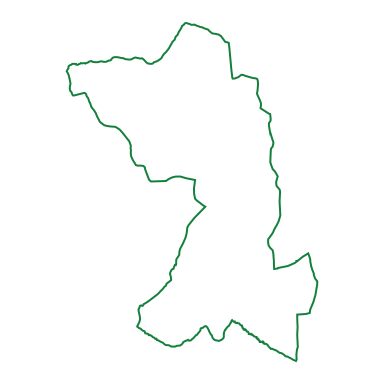 outline of Mbogwe, Shinyanga, United Republic of Tanzania
{"feature_id": "72390352B61326482335333", "entity_name": "Mbogwe", "entity_type": "district", "adm_level": 2, "iso_a3": "TZA", "parent_name": "United Republic of Tanzania", "parent_adm1": "Shinyanga", "projection": "robinson", "projection_center": [32.171, -3.47], "detail": "fine", "context": "isolated", "style": "outline", "palette": "green", "viewbox_px": 384, "rotation_deg": 0, "n_neighbors": 0, "source": "geoboundaries", "source_scale": "gbopen_adm2", "svg_char_len": 5894}
<svg xmlns="http://www.w3.org/2000/svg" viewBox="0 0 384 384"><path d="M137.4,326.8L137.7,326.8L139.1,328.2L140.1,328.4L141.0,329.0L142.0,330.1L142.9,330.7L143.7,330.9L144.7,331.5L145.0,332.7L145.3,333.3L147.8,333.8L148.5,334.2L148.8,335.1L150.3,335.1L151.1,335.7L152.0,336.2L152.7,337.1L154.3,337.7L155.2,338.8L156.0,339.0L156.5,338.8L156.9,340.0L158.1,340.3L160.6,341.7L162.8,342.7L163.9,343.6L164.6,344.4L165.8,345.0L169.0,345.3L170.8,346.3L171.9,346.6L175.0,346.6L176.9,345.8L178.7,345.6L179.4,345.7L180.1,345.5L181.8,344.3L182.7,343.3L183.2,342.2L184.3,341.5L187.5,340.1L188.0,339.9L188.2,340.4L188.8,340.4L189.2,340.6L190.2,340.6L190.8,340.3L191.8,339.4L193.1,338.4L196.1,335.1L197.0,334.8L198.0,333.4L199.4,331.8L200.4,330.3L200.5,329.8L200.5,329.1L200.6,328.6L201.3,328.1L202.7,327.9L204.5,326.4L205.5,326.2L206.3,326.3L207.5,327.7L208.0,328.8L208.6,329.7L209.1,331.1L210.0,332.9L211.0,334.6L211.7,335.1L212.7,338.0L214.4,339.8L215.7,340.3L217.8,340.6L218.6,340.9L219.6,340.7L221.7,339.7L223.4,338.2L223.8,336.9L223.8,334.8L223.9,334.0L223.8,333.4L224.9,330.1L225.4,329.6L225.6,329.6L225.9,329.0L227.2,327.2L228.3,326.2L229.1,325.6L230.1,323.6L230.6,323.0L231.0,322.3L231.6,320.6L232.1,320.1L233.0,321.1L233.6,321.7L234.8,321.5L234.9,322.0L235.3,322.7L235.9,323.0L236.9,322.9L237.2,322.7L238.1,323.3L239.3,323.5L239.9,324.4L240.5,325.0L241.3,325.5L242.0,325.6L242.0,326.5L242.4,326.8L242.6,327.3L242.5,327.8L242.8,328.2L243.2,328.4L243.6,329.6L244.2,329.9L244.6,329.6L244.9,329.2L245.7,329.6L246.0,330.0L246.0,330.4L247.0,331.6L247.7,331.5L248.3,332.2L248.6,332.8L248.8,334.0L249.4,334.0L249.5,334.1L250.4,334.3L250.9,334.2L251.1,333.8L251.4,333.9L251.7,334.3L251.7,334.8L252.0,334.9L252.4,334.7L252.9,335.1L253.8,336.2L254.2,336.2L254.5,336.5L255.3,336.8L256.0,336.9L256.6,337.0L256.7,337.4L256.6,337.5L256.6,338.2L257.1,338.4L257.1,338.7L257.3,338.9L257.6,339.0L257.9,338.8L258.4,339.9L258.7,339.8L258.7,340.1L259.1,340.6L259.7,340.9L259.8,342.0L260.3,342.0L260.6,341.7L261.1,342.0L262.6,341.5L262.7,342.0L263.0,341.8L263.4,341.9L263.7,342.5L263.6,342.9L263.7,343.5L264.3,343.8L264.7,343.8L265.1,343.9L265.5,343.7L266.5,344.1L267.5,344.9L268.2,345.8L268.6,346.6L270.0,348.0L270.6,348.3L270.8,348.9L272.6,348.9L273.4,349.4L276.5,350.6L279.5,352.8L281.0,353.0L282.7,353.8L284.4,355.2L285.6,356.3L287.2,356.5L291.3,358.6L293.2,359.8L296.0,361.0L296.6,359.5L296.4,354.4L297.0,349.3L297.8,347.3L297.2,334.4L297.6,327.1L297.3,320.9L297.2,314.6L305.7,314.0L309.8,313.0L310.1,309.9L313.3,302.2L315.4,295.1L317.2,284.5L317.3,281.4L316.8,281.0L316.8,280.7L315.0,278.4L313.8,274.7L313.8,273.5L312.4,270.1L311.2,266.3L310.3,261.4L310.2,259.1L309.2,256.0L308.2,253.4L302.8,256.7L297.8,260.7L297.5,261.0L297.2,261.0L297.3,261.1L294.7,263.0L287.9,266.0L278.0,268.0L277.6,268.5L274.2,269.0L274.1,268.2L273.9,263.2L273.9,260.3L273.7,259.1L273.4,254.4L273.0,251.6L272.8,251.3L272.6,250.2L270.2,247.9L268.6,245.4L268.1,242.3L268.1,241.2L268.2,239.2L271.7,234.5L272.9,232.6L274.8,228.4L276.7,225.3L278.7,221.1L280.3,215.5L280.1,211.0L279.7,204.2L279.6,200.4L280.1,191.8L279.7,189.7L276.5,185.8L276.1,182.2L277.7,176.3L275.0,171.5L272.7,169.1L271.0,164.5L270.3,162.2L270.6,154.5L270.9,148.9L272.6,146.6L273.2,144.3L273.4,142.4L271.9,137.9L270.2,132.3L270.1,132.5L269.0,125.9L268.9,123.4L269.1,122.8L270.0,121.8L270.5,120.6L270.7,119.9L270.5,117.0L270.1,114.0L268.8,113.6L260.6,108.3L260.6,107.5L260.9,106.1L261.0,104.5L260.8,102.7L260.1,100.8L257.0,93.8L257.6,89.8L258.1,83.7L257.7,80.3L257.2,79.0L255.9,78.4L252.8,78.0L245.8,76.0L243.0,74.9L241.4,74.8L240.1,75.7L238.6,77.0L234.8,78.5L232.7,78.6L232.3,77.6L231.3,69.1L229.4,48.1L228.7,42.8L227.4,42.3L225.3,41.9L221.0,36.1L218.7,34.6L216.2,34.0L212.3,33.4L209.6,31.3L208.1,29.6L203.8,28.2L202.3,27.3L200.2,27.0L198.4,26.2L196.9,25.8L194.5,24.6L192.8,24.8L191.3,24.8L189.6,24.0L186.2,23.0L184.8,23.4L183.6,25.0L182.2,25.8L181.1,28.4L178.7,32.1L177.7,34.7L176.7,35.7L175.6,36.9L174.7,39.6L172.4,42.0L168.8,48.5L166.1,52.0L165.3,52.8L164.3,53.6L163.0,55.3L161.2,58.4L157.4,61.1L153.9,62.3L152.7,63.6L150.4,63.9L147.4,63.3L145.9,61.9L144.3,60.1L142.3,58.4L139.9,58.5L135.3,57.5L133.9,58.0L131.2,59.4L129.6,59.6L125.6,59.2L124.3,58.7L123.3,58.1L122.5,58.2L121.2,58.0L119.2,57.5L116.8,57.1L114.6,57.1L112.8,57.7L111.9,58.6L111.1,59.8L110.0,60.5L108.9,60.5L107.0,61.4L105.6,61.9L104.1,61.9L101.9,61.4L100.2,61.4L98.8,62.0L96.9,62.2L95.5,62.2L92.7,61.9L91.4,61.0L88.9,61.7L88.2,62.4L87.9,62.4L85.6,63.5L85.1,63.1L84.4,63.1L82.9,63.3L81.5,63.3L80.7,63.1L79.8,63.9L78.9,64.1L78.0,64.8L76.7,64.7L76.1,64.6L76.0,64.0L75.1,64.0L74.5,63.8L72.2,63.9L71.5,64.7L69.9,65.2L68.7,66.1L68.4,67.1L68.5,68.1L67.4,69.8L66.7,71.3L68.0,73.4L68.8,75.5L70.1,81.3L70.5,83.9L70.0,85.8L69.7,88.4L70.3,91.0L71.3,91.8L72.2,94.2L72.9,95.4L74.0,95.5L84.2,92.9L85.1,93.2L86.1,94.1L86.4,95.4L87.0,96.8L88.1,98.0L89.3,101.8L90.0,102.9L90.7,104.7L91.1,106.4L92.5,108.5L93.8,110.0L95.8,113.1L96.8,115.8L100.0,122.0L104.2,125.2L106.7,125.9L109.7,126.4L115.1,126.8L116.5,127.5L119.6,129.5L122.4,132.6L129.2,141.2L130.8,145.5L130.6,148.2L130.9,149.8L130.8,153.6L131.1,156.1L132.8,160.0L135.0,163.5L135.9,165.1L137.5,165.6L140.9,165.6L143.4,166.0L144.8,167.3L145.3,169.8L149.1,179.8L151.0,181.5L166.0,181.0L168.6,179.1L172.2,177.4L175.6,176.6L180.2,176.5L186.4,178.3L195.1,180.0L194.0,188.0L194.1,193.7L195.1,198.7L196.8,200.5L203.2,205.4L205.3,206.7L194.4,217.9L188.6,225.1L187.3,227.6L186.7,233.0L185.6,237.4L183.2,243.0L180.1,249.0L179.4,251.5L179.2,255.0L176.3,259.4L176.1,264.4L175.8,265.1L174.9,264.9L173.7,267.7L173.6,268.7L171.7,269.6L170.3,272.3L170.0,274.2L170.6,275.7L171.0,278.1L171.1,280.2L166.6,283.7L166.0,285.5L163.9,287.3L163.2,288.6L161.3,290.4L157.9,294.0L148.5,301.2L145.9,302.9L143.6,304.2L143.0,305.6L142.1,305.9L141.1,305.4L140.1,305.8L138.5,309.6L138.7,311.5L139.6,315.3L140.1,318.7L139.5,321.7L137.2,326.3L137.4,326.8Z" fill="none" stroke="#15803d" stroke-width="2"/></svg>